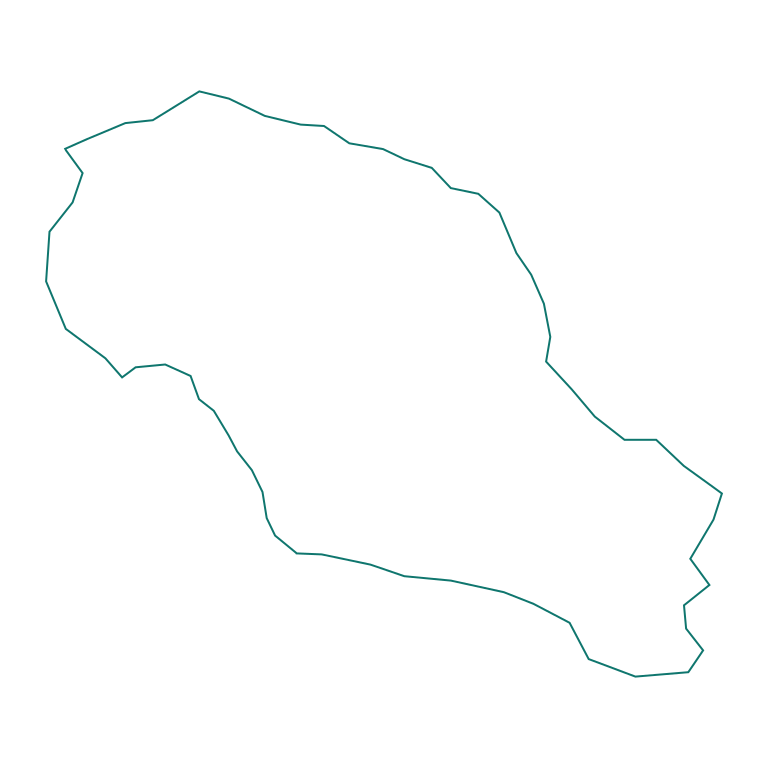 outline of Boxholm, Östergötland, Sweden
{"feature_id": "70781695B81557548138278", "entity_name": "Boxholm", "entity_type": "district", "adm_level": 2, "iso_a3": "SWE", "parent_name": "Sweden", "parent_adm1": "Östergötland", "projection": "robinson", "projection_center": [15.154, 58.158], "detail": "fine", "context": "isolated", "style": "outline", "palette": "teal", "viewbox_px": 768, "rotation_deg": 0, "n_neighbors": 0, "source": "geoboundaries", "source_scale": "gbopen_adm2", "svg_char_len": 945}
<svg xmlns="http://www.w3.org/2000/svg" viewBox="0 0 768 768"><path d="M296.5,553.4L321.7,554.4L370.4,564.6L404.3,576.2L450.9,580.6L503.9,592.2L533.6,603.9L569.6,622.8L588.7,659.1L635.4,676.6L688.3,672.2L697.7,658.4L703.1,650.4L686.1,628.6L684.0,605.3L709.4,585.0L690.3,558.8L713.5,519.6L721.9,493.5L714.1,487.8L683.8,465.9L656.2,439.8L624.5,439.8L594.8,416.6L573.9,391.9L571.5,389.1L546.1,361.6L550.3,336.9L543.9,303.7L531.2,274.7L516.4,253.1L499.4,212.6L478.3,193.8L450.8,188.1L431.8,167.9L404.3,159.2L383.1,149.1L349.3,143.3L324.0,126.0L300.7,124.6L264.8,115.9L228.9,98.6L199.3,91.4L176.1,105.8L152.8,120.2L125.3,123.1L87.3,139.0L65.2,148.8L66.1,150.5L82.6,173.1L72.6,202.4L49.5,231.7L46.1,281.4L65.8,328.9L105.4,358.3L122.1,377.4L135.6,367.3L165.2,364.5L190.6,376.0L199.0,399.2L213.8,410.8L228.6,435.4L237.1,451.4L251.9,470.2L262.5,492.0L266.7,518.1L275.1,535.6L296.3,553.0L296.5,553.4Z" fill="none" stroke="#0f766e" stroke-width="2"/></svg>